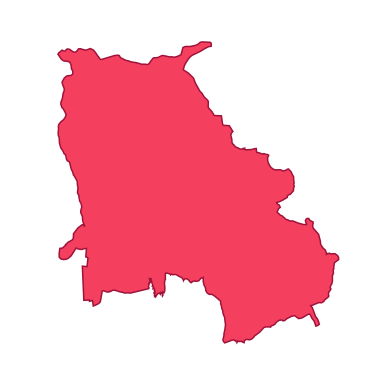 the district of Burjuc, Hunedoara, Romania, rotated 84°
{"feature_id": "2599482B33280510727710", "entity_name": "Burjuc", "entity_type": "district", "adm_level": 2, "iso_a3": "ROU", "parent_name": "Romania", "parent_adm1": "Hunedoara", "projection": "equal_earth", "projection_center": [22.496, 45.972], "detail": "fine", "context": "isolated", "style": "filled", "palette": "rose", "viewbox_px": 384, "rotation_deg": 84, "n_neighbors": 0, "source": "geoboundaries", "source_scale": "gbopen_adm2", "svg_char_len": 5978}
<svg xmlns="http://www.w3.org/2000/svg" viewBox="0 0 384 384"><g transform="rotate(84 192 192)"><path d="M254.3,308.8L288.4,310.9L288.7,305.2L290.0,305.4L289.6,302.3L295.1,302.1L293.8,297.9L292.9,296.1L291.7,294.7L281.1,291.6L281.0,290.2L282.8,286.4L282.5,284.6L282.1,284.2L282.5,283.6L281.5,281.4L281.6,278.7L282.2,278.1L282.3,276.9L283.4,275.2L284.7,271.1L285.4,269.8L285.5,267.1L286.1,263.7L283.6,245.1L282.9,244.8L281.4,245.1L279.5,244.5L278.8,244.8L277.8,244.0L278.3,243.8L277.0,242.4L276.2,242.6L276.1,243.0L273.6,243.4L274.0,241.7L277.6,241.5L280.8,240.7L281.5,241.4L282.3,240.5L283.8,240.8L283.4,240.2L283.6,239.9L284.7,239.5L285.4,239.9L285.6,239.4L286.6,239.4L288.3,240.3L288.5,240.3L288.4,240.0L289.2,240.0L288.9,239.6L290.9,240.2L292.3,240.0L292.6,239.6L291.3,239.0L291.4,238.8L293.0,239.4L291.6,238.6L289.2,236.2L289.3,235.1L290.2,234.3L289.8,234.3L289.8,233.9L289.3,233.5L288.9,233.7L288.6,233.4L289.4,233.1L289.2,232.3L292.3,232.2L291.8,231.8L288.4,231.3L289.1,230.2L287.6,229.5L284.6,229.0L279.5,228.9L276.4,228.0L276.2,227.6L270.7,227.1L270.5,226.7L269.9,226.5L270.0,225.5L271.3,222.3L272.2,221.9L271.8,221.4L271.7,220.8L271.9,219.9L272.2,219.8L272.3,217.0L272.7,216.1L273.5,215.2L273.9,214.2L274.5,213.9L275.9,211.3L277.5,210.2L279.3,209.7L278.3,209.1L277.8,208.2L277.6,207.1L277.8,206.3L279.6,204.1L280.5,203.9L282.0,202.6L282.1,202.1L281.2,201.0L280.7,199.4L281.3,196.8L281.0,194.5L278.6,192.1L278.6,190.8L278.1,189.8L282.3,190.2L286.1,189.7L288.4,188.7L291.7,188.5L293.4,187.8L294.2,187.3L295.7,185.4L295.7,183.2L297.8,180.4L303.6,174.9L306.2,175.2L308.8,174.6L310.8,174.6L312.9,173.9L316.3,173.8L320.5,172.6L323.3,172.7L324.2,172.5L324.8,172.7L327.0,172.5L331.6,173.5L336.2,175.0L337.9,175.2L342.2,176.7L343.7,176.5L345.5,175.2L343.6,167.9L343.4,166.4L343.7,165.5L344.2,165.2L344.2,164.6L344.6,164.0L345.2,163.9L345.2,163.1L346.4,163.0L345.0,161.9L345.5,161.1L345.8,158.1L346.6,157.4L347.3,155.9L345.7,155.7L344.3,153.9L344.3,152.9L345.0,150.6L344.6,148.2L342.6,145.5L341.9,145.1L338.6,139.5L334.3,134.6L333.9,132.7L334.3,129.1L334.6,128.2L334.5,127.8L333.3,127.1L333.1,125.3L332.1,123.3L330.0,121.4L328.7,118.5L328.6,116.4L329.7,114.8L329.5,113.3L327.8,110.7L326.0,105.9L325.7,102.9L329.1,99.1L328.7,95.6L325.8,89.4L325.8,87.5L330.2,85.9L333.4,83.9L338.3,82.9L337.9,80.8L336.8,79.2L333.5,79.8L331.2,80.6L328.8,82.1L319.4,84.5L317.5,85.9L316.9,82.8L316.3,81.6L316.1,80.1L315.5,78.6L315.3,77.5L315.7,74.5L314.5,72.2L313.4,71.6L310.5,67.2L309.6,66.8L308.0,67.0L305.9,66.5L303.8,64.4L302.9,64.0L301.8,64.6L299.4,63.8L298.3,62.7L295.0,61.6L290.3,61.2L287.5,59.8L284.3,59.7L283.3,59.0L281.0,58.8L277.2,57.7L274.5,53.2L272.3,53.1L270.4,53.9L268.4,56.1L268.1,58.1L268.1,60.7L267.2,61.7L268.0,64.9L266.8,64.4L265.5,65.1L263.8,65.4L261.3,67.6L257.7,69.5L254.2,69.5L247.4,70.5L240.3,75.4L237.6,75.5L235.5,74.7L234.5,74.7L232.6,77.7L230.6,78.6L230.3,80.1L230.8,81.2L232.2,82.2L233.7,82.1L235.8,81.3L236.3,81.5L236.0,84.5L233.9,89.9L231.3,94.7L231.1,97.7L229.9,99.3L229.0,101.5L225.2,104.8L224.3,106.5L220.9,109.5L217.5,107.5L216.5,105.8L214.1,106.6L213.2,108.1L211.3,108.9L210.9,106.4L209.5,102.5L207.3,97.8L206.1,97.6L205.0,96.5L204.6,94.5L201.4,91.0L198.4,90.4L197.0,89.7L194.6,90.1L193.9,89.5L189.6,89.6L187.7,89.3L183.7,90.9L182.6,91.1L179.2,93.6L179.3,94.8L180.0,95.8L180.7,99.2L179.2,101.4L178.6,107.6L176.0,110.8L172.9,112.4L169.6,113.4L165.9,113.3L163.6,111.9L163.2,112.1L162.5,113.3L162.3,114.7L161.3,116.5L161.7,117.5L161.6,117.9L159.7,122.0L159.3,123.6L155.5,123.5L155.4,125.1L156.0,128.2L155.6,134.5L155.1,135.1L154.4,135.0L154.8,135.6L154.7,136.0L153.9,136.0L154.6,137.9L154.3,139.5L151.5,144.2L149.0,145.8L148.7,146.4L147.2,147.0L143.4,146.9L139.6,147.5L137.2,146.4L136.2,145.0L130.0,147.9L128.9,153.9L127.9,154.5L119.3,154.8L118.3,161.8L113.8,164.0L110.3,166.6L109.1,167.0L103.7,166.3L102.4,166.9L98.4,170.2L95.0,171.7L92.4,173.7L83.9,177.3L78.8,178.6L73.5,183.0L69.5,187.9L65.5,186.3L63.6,185.1L59.8,182.1L57.3,179.6L56.0,177.4L52.9,168.8L50.8,164.5L49.3,160.7L49.0,157.6L45.9,157.4L45.0,158.4L43.9,165.4L43.8,167.2L44.1,168.4L45.3,169.9L46.1,171.6L46.5,172.9L47.1,178.7L46.6,183.6L46.8,184.2L47.4,185.9L54.3,188.6L55.4,191.6L56.0,194.2L56.0,196.2L55.5,197.7L55.3,200.2L53.4,205.9L53.2,207.8L54.7,211.8L54.6,216.3L55.4,217.3L60.3,221.8L60.5,223.2L59.8,226.5L59.8,228.4L57.7,233.4L56.3,238.7L54.9,241.7L54.0,244.3L50.9,249.1L48.7,250.1L48.2,251.1L48.2,254.8L50.7,268.0L50.4,269.2L49.8,269.9L47.7,270.8L46.6,271.7L43.9,273.0L40.5,275.2L38.7,278.1L39.9,282.6L38.4,286.9L37.9,287.6L37.7,288.9L37.9,290.1L40.5,292.4L40.7,294.5L39.4,296.6L37.4,298.6L36.7,300.8L37.0,301.8L38.4,303.4L38.6,304.2L38.4,304.9L37.4,306.2L37.5,306.8L38.5,308.0L39.4,309.7L40.6,310.4L40.9,310.9L46.4,308.0L47.9,306.3L48.5,305.1L48.7,303.4L49.9,300.1L52.8,299.0L56.9,299.0L59.2,298.0L60.9,298.0L62.2,298.3L63.4,299.9L63.4,303.7L63.6,304.6L65.2,307.0L69.0,309.7L71.0,309.6L75.8,308.3L76.8,308.3L79.0,309.0L80.2,309.8L85.9,311.3L88.5,312.8L90.9,313.3L94.5,312.5L95.4,311.6L96.2,311.2L100.2,309.6L102.4,309.1L104.6,310.4L106.6,312.1L108.6,315.2L110.6,317.2L111.4,317.6L113.1,318.1L115.0,318.1L119.7,319.0L122.2,319.0L123.8,318.4L129.9,318.7L134.8,317.7L138.2,315.8L140.2,315.4L141.8,314.0L143.0,313.6L145.9,313.5L147.9,312.8L149.0,311.1L149.6,310.7L157.1,309.6L158.9,308.8L161.9,308.2L162.7,308.2L163.1,307.7L169.0,305.1L173.9,305.2L175.8,304.9L180.8,306.0L183.5,305.0L189.2,304.7L191.9,303.5L195.4,303.2L198.7,304.5L201.0,304.8L204.2,303.7L205.8,303.5L207.4,303.8L211.1,303.4L213.2,302.7L213.2,303.0L213.5,303.0L214.5,302.5L214.4,302.9L213.1,304.0L213.2,304.9L215.9,309.3L221.1,314.2L225.6,314.9L227.0,315.8L229.2,320.8L230.4,322.0L231.0,323.3L231.8,323.3L234.1,326.6L234.3,327.2L234.2,329.3L238.9,330.5L242.8,330.9L244.5,329.8L245.2,328.8L245.7,326.8L245.8,324.5L245.1,322.2L242.8,318.8L235.6,313.1L236.7,311.4L237.4,308.9L237.6,307.5L237.1,305.4L237.1,302.9L245.5,304.4L245.8,303.4L246.8,302.4L255.2,304.2L254.3,308.8Z" fill="#f43f5e" stroke="#9f1239" stroke-width="1.5"/></g></svg>